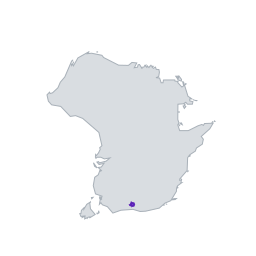 Lithgow, New South Wales, Australia (highlighted), rotated 64°
{"feature_id": "25037944B76556859341208", "entity_name": "Lithgow", "entity_type": "district", "adm_level": 2, "iso_a3": "AUS", "parent_name": "Australia", "parent_adm1": "New South Wales", "projection": "orthographic", "projection_center": [150.218, -33.32], "detail": "fine", "context": "in_parent", "style": "filled", "palette": "violet", "viewbox_px": 256, "rotation_deg": 64, "n_neighbors": 0, "source": "geoboundaries", "source_scale": "gbopen_adm2", "svg_char_len": 4771}
<svg xmlns="http://www.w3.org/2000/svg" viewBox="0 0 256 256"><g transform="rotate(64 128 128)"><path d="M164.6,54.9L167.7,65.9L171.1,65.2L175.1,68.3L176.0,75.3L178.3,77.6L179.1,84.1L180.8,87.4L192.1,93.5L196.5,103.9L197.8,104.5L198.0,102.6L200.4,104.5L200.7,103.6L201.7,108.9L203.2,110.6L206.2,112.3L212.1,121.5L211.7,127.6L213.7,135.0L210.5,148.6L208.4,153.6L203.3,159.2L198.8,170.4L197.8,178.9L189.7,181.0L185.8,184.7L183.3,185.1L184.1,187.2L180.1,184.3L180.6,183.6L180.3,182.8L179.6,182.8L178.4,184.2L177.4,183.5L178.9,182.1L177.9,181.2L173.0,186.1L164.6,184.5L157.7,179.5L157.0,175.2L153.5,171.6L154.8,171.6L154.7,170.5L150.4,172.1L151.4,169.1L149.2,165.0L148.2,170.0L145.0,170.9L145.3,169.2L146.8,169.0L148.2,162.2L147.0,157.3L145.4,162.8L142.4,165.2L140.7,168.6L141.2,170.1L139.9,170.1L137.6,168.7L138.9,168.4L137.5,165.5L135.0,162.3L133.3,162.1L132.5,159.2L119.2,156.1L99.5,164.5L93.9,169.7L92.3,174.8L79.1,179.0L73.7,186.5L69.0,187.8L62.7,186.3L61.4,182.8L62.9,182.9L63.3,180.4L61.1,173.3L57.2,168.8L54.4,162.4L44.4,150.8L47.2,151.3L44.6,147.6L46.3,149.7L48.2,149.8L43.0,142.2L42.3,129.3L43.4,132.0L44.8,128.0L51.2,119.6L54.0,119.0L67.4,108.9L71.9,100.2L70.8,95.7L73.4,91.6L76.6,96.0L77.5,92.8L75.6,91.2L76.0,89.8L81.1,89.3L79.4,89.3L80.2,87.0L79.1,85.4L81.8,84.5L80.6,83.4L82.9,82.7L81.9,81.0L83.6,78.3L83.9,79.6L85.5,79.0L85.3,76.6L87.7,76.9L89.0,74.6L91.6,75.3L95.3,77.9L95.0,80.8L97.0,77.7L101.9,78.4L102.7,76.7L100.4,75.1L105.3,64.9L106.4,65.2L108.2,62.6L109.0,63.4L114.8,61.6L114.5,59.5L110.4,58.6L111.0,57.9L125.7,60.2L129.8,57.9L128.9,59.8L130.7,60.6L132.8,58.1L134.8,59.7L132.7,64.1L130.2,64.8L130.5,67.7L128.5,72.7L142.1,79.5L145.7,80.0L147.0,81.9L153.0,82.7L156.8,74.9L156.7,64.1L157.2,60.1L158.7,59.0L157.5,57.3L161.0,49.4L164.6,54.9ZM178.1,195.0L184.2,197.2L191.3,195.4L192.0,202.1L191.4,200.9L190.8,202.4L190.7,206.8L188.2,205.1L186.8,209.1L183.8,208.9L184.3,207.8L181.6,206.0L180.4,202.6L181.6,203.2L178.5,198.5L178.1,195.0ZM103.7,59.4L107.8,58.6L109.2,59.5L106.6,62.2L103.7,59.4ZM144.1,174.3L150.3,173.3L147.8,174.8L144.1,174.3ZM134.1,66.6L135.1,68.8L132.4,68.8L132.7,67.1L134.1,66.6ZM211.7,120.4L211.6,117.7L212.6,115.4L213.0,117.0L211.7,120.4ZM189.5,190.6L191.5,191.1L191.6,192.1L189.5,190.6ZM103.4,60.1L105.0,62.0L102.4,62.4L103.4,60.1ZM175.7,191.6L174.5,191.4L175.0,189.8L175.7,191.6ZM148.8,77.8L147.6,78.6L146.4,79.1L146.9,77.7L148.8,77.8ZM44.2,150.2L43.1,149.2L42.7,148.1L42.8,148.0L44.2,150.2ZM191.2,193.0L192.0,193.6L190.5,193.1L191.2,193.0ZM202.6,109.3L203.6,109.3L203.5,110.5L202.6,109.3ZM179.4,84.0L180.5,84.6L180.4,85.1L179.4,84.0ZM188.2,207.5L188.4,208.5L187.6,208.2L188.2,207.5ZM213.1,128.7L213.2,130.2L213.1,128.7ZM114.1,57.3L113.4,56.8L113.9,56.4L114.1,57.3ZM133.5,54.5L132.6,55.7L133.7,53.6L133.5,54.5ZM213.3,126.8L212.8,127.3L213.2,126.8L213.3,126.8ZM136.3,75.2L135.7,75.5L136.0,74.9L136.3,75.2ZM132.0,66.8L131.3,67.0L131.7,66.3L132.0,66.8ZM46.3,121.5L46.3,122.5L46.1,122.6L46.3,121.5ZM159.7,49.0L159.7,49.7L159.4,49.2L159.7,49.0ZM179.6,183.2L179.8,183.7L179.6,183.6L179.6,183.2ZM132.3,56.1L131.0,57.1L132.4,55.9L132.3,56.1ZM81.8,79.8L81.4,80.5L81.7,79.8L81.8,79.8ZM188.6,206.7L188.3,206.9L188.4,206.5L188.6,206.7ZM148.4,80.6L147.6,80.7L148.0,80.1L148.4,80.6ZM79.7,84.6L79.4,85.0L79.3,84.3L79.7,84.6ZM191.4,204.3L190.9,204.6L191.0,204.0L191.4,204.3ZM160.1,46.9L160.0,47.4L159.6,47.2L160.1,46.9ZM179.4,184.0L179.9,184.4L179.0,184.3L179.4,184.0ZM193.4,93.4L192.9,93.4L193.1,92.8L193.4,93.4ZM197.5,102.5L197.3,102.5L197.5,102.0L197.5,102.5ZM178.3,194.2L178.2,194.6L178.0,194.1L178.3,194.2Z" fill="#d9dde1" stroke="#a8b0b8" stroke-width="1"/><path d="M197.4,158.8L197.5,158.9L197.5,159.0L197.8,159.3L197.8,159.5L197.9,159.4L197.9,159.5L197.9,159.8L197.9,160.0L198.0,160.0L198.2,159.9L198.3,159.9L198.4,160.0L198.5,159.9L198.5,160.0L198.8,159.9L198.7,159.9L198.8,159.8L198.9,159.7L199.0,159.6L199.1,159.4L199.0,159.2L198.9,159.2L199.0,159.1L199.0,158.9L199.3,158.8L199.5,158.8L199.4,158.7L199.5,158.7L199.8,158.7L200.0,158.4L200.0,158.2L200.3,158.1L200.4,157.9L200.3,157.7L200.2,157.6L200.2,157.4L200.2,157.2L200.3,157.2L200.5,157.0L200.5,156.9L200.5,156.7L200.4,156.6L200.2,156.5L200.3,156.5L200.2,156.5L199.9,156.5L199.7,156.4L199.6,156.5L199.6,156.4L199.5,156.2L199.5,155.9L199.4,155.9L199.5,155.9L199.4,155.8L199.4,155.7L199.4,155.8L199.2,155.9L198.9,155.8L198.8,155.7L198.7,155.7L198.4,155.7L198.2,155.7L198.2,155.8L198.0,156.1L198.0,156.3L197.9,156.3L197.7,156.3L197.7,156.5L197.7,156.8L197.6,157.0L197.5,156.9L197.4,156.9L197.5,156.9L197.4,156.9L197.2,156.8L197.0,157.1L196.9,157.2L197.0,157.2L197.0,157.3L197.3,157.4L197.3,157.5L197.2,157.5L197.3,157.6L197.3,157.8L197.2,157.8L197.3,157.9L197.4,158.0L197.5,158.0L197.6,158.3L197.6,158.5L197.6,158.8L197.4,158.8Z" fill="#8b5cf6" stroke="#5b21b6" stroke-width="1.5"/></g></svg>